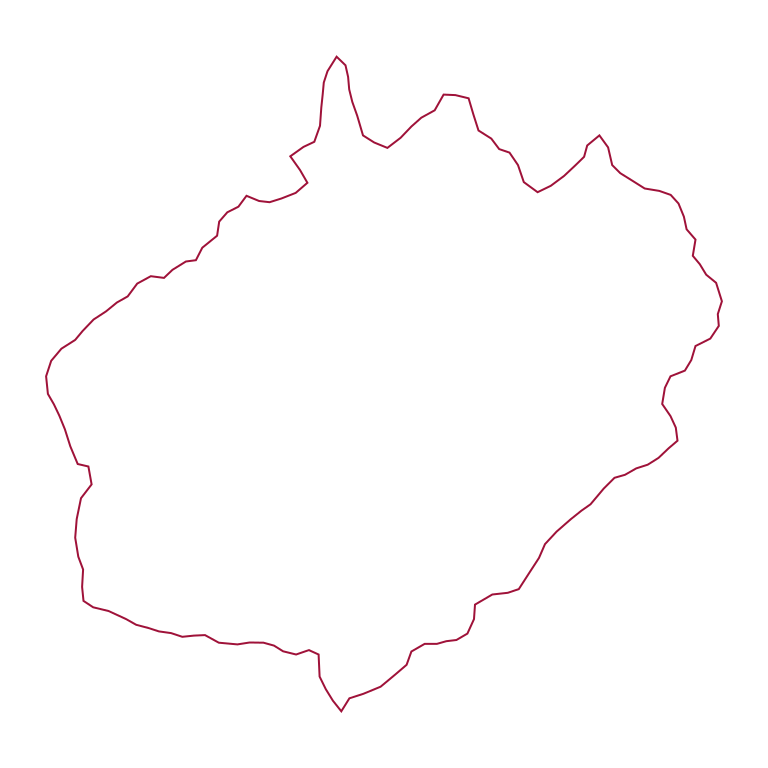 outline of Monsenhor Paulo, Minas Gerais, Brazil
{"feature_id": "56859067B7158263227488", "entity_name": "Monsenhor Paulo", "entity_type": "district", "adm_level": 2, "iso_a3": "BRA", "parent_name": "Brazil", "parent_adm1": "Minas Gerais", "projection": "natural_earth1", "projection_center": [-45.479, -21.731], "detail": "fine", "context": "isolated", "style": "outline", "palette": "rose", "viewbox_px": 768, "rotation_deg": 0, "n_neighbors": 0, "source": "geoboundaries", "source_scale": "gbopen_adm2", "svg_char_len": 2039}
<svg xmlns="http://www.w3.org/2000/svg" viewBox="0 0 768 768"><path d="M644.7,188.5L632.5,180.8L620.3,173.2L612.2,165.1L608.1,147.4L599.4,135.4L587.2,145.5L584.1,156.8L575.6,165.1L564.1,175.9L550.8,185.8L537.6,192.2L523.8,182.1L518.0,165.1L509.5,152.6L499.2,149.1L491.3,138.6L478.5,130.5L473.4,114.5L468.6,98.3L455.4,95.1L443.6,94.6L434.7,110.3L421.3,117.7L411.4,126.5L400.6,137.8L387.4,147.9L374.2,142.5L363.0,135.4L357.2,115.7L352.3,101.9L349.2,89.4L348.1,76.9L345.5,65.3L336.6,56.7L327.5,71.2L323.8,82.5L322.7,94.3L321.3,107.6L320.0,125.8L314.3,141.8L303.5,146.9L290.3,156.3L300.0,170.0L307.4,182.8L295.7,192.9L281.4,198.5L269.6,202.2L259.1,201.0L246.5,195.8L238.4,206.7L227.3,212.3L219.2,221.6L217.1,235.7L202.3,247.7L195.9,260.2L185.9,261.5L172.5,269.8L164.0,277.9L150.8,276.2L137.2,283.6L127.7,296.4L116.9,302.5L106.0,311.4L93.6,319.5L82.6,331.0L75.2,339.9L61.4,348.7L51.2,360.8L46.1,376.3L47.9,393.9L53.9,404.3L59.3,415.6L64.9,429.3L70.3,446.3L77.7,464.0L88.4,466.5L91.6,484.4L81.0,498.2L76.7,519.1L75.2,537.7L78.3,556.7L83.1,569.5L82.1,586.9L83.5,600.9L93.2,607.3L108.5,611.0L126.1,619.1L136.2,624.8L148.4,628.0L158.9,631.4L171.1,633.1L182.3,636.8L194.0,635.6L205.0,635.1L218.8,642.7L237.4,644.4L249.6,642.5L263.5,642.7L274.0,645.6L283.1,651.3L296.1,654.5L308.9,650.1L318.6,654.5L319.6,676.6L325.8,689.2L332.9,700.7L341.3,711.3L349.4,698.3L363.4,693.8L380.6,686.7L394.8,674.9L406.6,664.8L411.4,651.5L424.6,643.9L436.8,643.9L446.3,641.2L456.4,640.0L467.4,633.6L474.0,619.1L475.0,604.6L492.3,594.5L507.8,592.8L518.8,589.1L529.9,571.9L539.0,557.9L545.0,544.1L556.6,531.6L570.9,519.1L581.4,510.7L590.5,504.3L603.7,488.6L614.5,477.8L625.0,474.8L636.2,468.4L647.7,464.7L658.5,457.9L668.6,448.3L677.5,440.7L675.8,427.6L670.5,416.1L662.2,404.0L664.9,387.8L670.5,376.3L684.9,370.6L691.3,360.0L695.5,346.0L710.3,338.6L718.8,325.9L717.8,314.1L721.9,301.3L716.1,282.8L706.2,274.7L699.8,264.2L692.8,255.8L695.5,239.6L686.6,229.3L683.9,216.7L678.5,203.5L670.7,194.9L659.3,190.9L644.7,188.5Z" fill="none" stroke="#9f1239" stroke-width="2"/></svg>